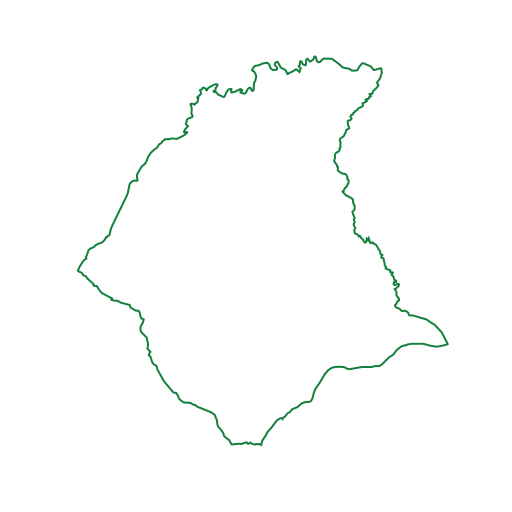 Vemasse, Baucau, East Timor (Albers equal-area conic projection), rotated 163°
{"feature_id": "22284137B19870753775512", "entity_name": "Vemasse", "entity_type": "district", "adm_level": 2, "iso_a3": "TLS", "parent_name": "East Timor", "parent_adm1": "Baucau", "projection": "albers", "projection_center": [126.238, -8.584], "detail": "fine", "context": "isolated", "style": "outline", "palette": "green", "viewbox_px": 512, "rotation_deg": 163, "n_neighbors": 0, "source": "geoboundaries", "source_scale": "gbopen_adm2", "svg_char_len": 6113}
<svg xmlns="http://www.w3.org/2000/svg" viewBox="0 0 512 512"><g transform="rotate(163 256 256)"><path d="M306.2,73.8L304.0,77.6L298.8,81.8L296.9,84.0L290.2,88.2L284.2,92.6L281.1,93.5L279.3,93.6L278.8,93.4L278.3,92.4L277.8,93.3L275.4,93.9L271.7,96.4L269.1,96.8L266.3,98.9L261.1,99.3L255.2,101.7L252.0,101.9L247.6,100.9L246.0,101.1L243.8,103.1L240.8,108.0L237.9,111.7L231.9,116.4L224.6,123.0L219.9,125.9L216.4,126.9L212.4,126.7L206.8,125.1L203.9,123.7L201.4,121.2L199.6,120.4L187.3,118.9L177.8,116.0L174.0,115.9L170.4,114.7L167.4,115.4L158.4,120.2L153.4,121.6L149.7,124.4L147.3,125.6L143.6,127.0L140.3,127.2L138.8,126.7L137.1,127.1L133.2,126.6L123.9,123.9L121.5,123.0L114.9,118.9L109.7,116.4L101.0,115.5L98.4,115.8L100.8,128.9L105.4,138.2L108.1,141.0L111.5,145.5L123.7,153.5L126.2,154.1L126.9,154.7L127.0,157.1L128.1,159.0L129.9,160.2L132.6,160.7L134.4,163.8L137.0,165.8L137.6,167.4L137.4,168.4L136.2,168.9L134.0,171.4L132.5,171.5L132.0,172.0L131.8,173.3L133.2,177.4L132.2,180.7L133.0,183.8L131.8,183.9L128.5,185.5L127.5,187.1L128.4,187.9L131.7,187.6L132.6,188.7L131.8,190.6L131.3,190.8L129.7,190.2L129.2,191.2L130.7,193.2L130.6,196.5L131.9,198.6L130.1,199.8L130.1,200.4L132.3,201.3L131.8,203.2L134.7,205.1L135.7,206.6L134.8,207.5L135.6,209.9L135.2,210.8L134.8,216.5L136.6,217.7L136.0,219.3L135.0,219.7L134.9,220.1L136.0,221.0L136.3,221.8L136.0,224.8L136.7,225.9L137.0,228.3L138.0,231.7L139.3,232.9L139.4,233.4L140.4,234.0L140.7,235.1L142.5,234.7L142.9,235.2L143.0,239.9L144.2,238.4L145.0,240.1L145.7,238.3L147.2,236.9L147.9,236.9L148.5,238.3L148.9,240.3L150.3,242.8L150.5,244.5L151.3,245.1L151.8,244.7L153.0,247.2L154.8,248.8L154.6,251.9L153.0,253.5L153.4,257.9L152.0,259.1L151.7,259.9L151.8,262.3L150.4,263.7L151.0,267.5L150.9,269.9L150.7,270.3L148.4,271.3L147.3,273.7L147.0,275.7L147.5,276.8L147.3,279.7L146.8,281.5L148.2,284.1L149.3,284.6L150.4,286.2L152.1,287.5L154.4,292.0L154.0,292.7L153.2,292.5L152.8,293.3L150.6,295.3L148.5,296.1L147.8,297.5L146.4,298.5L145.4,300.7L145.8,302.5L146.2,302.9L145.6,304.3L145.9,307.3L146.3,308.0L149.4,309.7L150.9,311.1L152.8,314.1L151.6,317.0L152.3,317.8L152.1,320.1L152.9,321.4L153.5,324.1L151.6,327.0L151.5,328.4L150.6,330.1L149.2,331.3L146.2,331.8L144.9,333.1L144.9,334.2L143.4,335.3L143.0,337.2L141.9,339.7L142.2,342.1L141.0,343.7L137.3,344.8L134.2,347.9L132.8,350.2L129.9,350.6L129.3,351.1L129.7,353.9L129.2,357.5L128.6,358.4L126.1,358.3L124.6,359.2L124.4,359.9L125.0,361.7L123.5,363.1L122.0,363.0L121.0,364.5L119.6,364.7L119.0,365.4L116.1,366.2L114.9,367.3L110.5,367.9L109.7,368.9L109.4,370.8L106.0,371.3L104.6,372.0L105.5,373.3L104.5,373.7L102.1,373.6L101.4,374.0L101.0,375.3L99.4,375.3L99.9,377.6L97.3,377.2L95.9,379.3L91.8,381.4L89.4,383.1L89.0,383.5L89.7,386.2L85.4,389.7L82.0,394.7L81.4,398.7L82.6,399.2L88.3,399.2L89.0,399.5L90.8,403.7L96.9,408.9L97.6,409.1L98.6,409.0L102.2,406.6L104.4,404.2L105.4,404.0L109.7,405.0L112.0,407.7L116.9,410.2L118.2,411.4L120.8,415.8L125.9,422.5L133.3,424.9L134.9,424.7L138.1,422.8L139.7,423.0L140.7,424.3L140.7,428.8L141.0,429.5L142.0,429.5L143.3,427.6L144.5,426.9L147.2,426.0L147.8,426.4L148.4,428.4L149.4,429.7L150.9,428.4L152.3,424.4L152.9,423.9L155.1,425.5L155.8,428.6L156.0,429.1L156.9,429.2L158.1,426.2L159.4,425.3L159.6,424.5L158.3,422.5L160.7,419.3L162.5,422.5L163.1,422.8L168.4,421.5L170.7,421.4L172.1,420.7L172.8,420.9L173.1,423.9L173.8,425.6L177.2,428.9L178.5,435.1L179.1,435.5L181.0,435.1L181.7,434.4L182.2,433.1L180.8,430.1L181.0,428.9L181.4,428.3L182.8,428.2L185.4,429.0L187.0,430.8L187.5,435.7L188.9,437.5L192.9,438.2L197.5,437.6L201.4,438.1L204.1,436.4L205.4,434.9L205.2,434.2L204.1,433.4L203.7,432.3L203.2,429.3L203.3,427.5L205.5,423.7L207.2,422.2L209.7,415.5L210.6,414.9L211.4,415.0L211.9,415.8L211.6,417.5L212.6,418.6L213.8,418.8L215.7,417.6L217.5,415.5L219.2,414.6L221.4,415.5L223.1,417.0L222.5,418.1L221.1,418.1L220.7,418.7L221.6,419.9L222.4,420.2L228.5,419.2L231.6,419.5L231.8,420.4L230.7,422.9L231.4,423.3L233.6,423.3L236.2,421.4L239.3,417.9L239.9,417.5L240.8,417.7L245.1,421.5L246.1,424.1L248.5,425.5L248.4,426.1L246.3,426.4L245.5,428.3L242.9,430.5L242.8,431.3L243.2,431.7L244.8,432.1L246.4,432.0L251.4,431.0L252.6,430.6L254.6,428.8L255.2,429.2L255.1,430.7L257.1,432.5L258.2,432.1L259.1,431.1L261.0,431.0L260.9,427.7L261.2,427.2L265.8,424.9L265.8,424.2L265.0,423.9L266.6,420.9L267.8,419.9L269.6,419.6L270.4,418.7L272.1,420.1L273.9,420.6L274.3,420.0L274.1,417.6L274.6,415.0L276.1,411.2L275.7,408.3L276.5,407.5L280.6,407.2L282.0,406.7L282.7,405.7L282.8,405.0L284.4,403.1L284.1,401.7L283.1,400.0L287.0,397.7L288.6,395.8L288.1,394.9L286.4,395.0L285.7,394.4L286.4,393.7L289.7,392.4L297.4,391.1L302.6,393.2L304.8,392.9L306.1,393.7L307.7,393.7L308.7,394.4L312.3,392.7L313.5,391.7L316.0,391.1L318.6,388.8L324.6,386.4L326.9,385.1L329.8,382.7L332.8,378.9L335.6,376.3L338.8,375.3L345.7,369.0L346.7,366.7L347.1,363.2L347.9,362.7L350.0,363.6L352.3,363.6L355.1,362.4L356.0,361.4L360.1,353.8L361.7,351.7L385.0,326.6L387.2,323.8L390.0,318.9L391.9,318.4L393.2,317.5L393.9,317.8L395.9,315.7L399.1,314.0L404.7,313.6L406.8,313.0L408.5,311.9L412.1,311.5L414.3,310.7L417.6,306.1L418.9,305.0L419.0,303.1L421.7,302.3L423.2,301.3L427.2,297.9L430.6,294.1L430.4,293.3L427.5,290.9L426.7,288.0L424.6,286.3L423.9,283.9L419.9,277.2L419.5,276.1L420.0,275.6L419.6,274.8L417.3,274.0L416.9,273.5L415.9,269.3L414.2,265.6L406.1,257.5L407.1,256.4L404.3,254.6L401.4,253.6L398.9,250.9L390.9,245.9L391.2,243.7L390.7,243.0L386.7,238.7L384.6,238.2L383.8,236.5L384.2,232.0L383.9,229.8L381.9,228.3L383.5,225.6L387.1,222.1L388.2,218.8L388.1,216.9L384.4,210.0L385.0,203.0L386.9,199.2L385.0,195.2L387.4,193.0L387.4,192.3L386.4,190.9L386.3,184.5L385.2,181.9L383.9,180.8L383.3,179.6L383.5,176.5L380.7,163.4L375.1,150.0L374.6,149.3L372.4,148.5L371.4,144.8L371.5,143.2L370.9,141.1L368.1,137.2L361.5,134.6L360.0,132.7L357.6,131.1L356.2,129.0L344.7,119.7L342.1,116.6L341.4,110.6L342.2,105.8L342.0,104.1L339.2,96.9L339.0,92.6L335.5,87.8L334.6,83.3L334.1,82.8L327.2,81.5L325.6,80.6L319.9,80.6L319.4,80.4L318.4,78.5L315.8,79.2L314.7,77.6L312.5,76.2L311.9,75.9L310.7,76.3L309.4,75.3L307.9,75.3L306.2,73.8Z" fill="none" stroke="#15803d" stroke-width="2"/></g></svg>